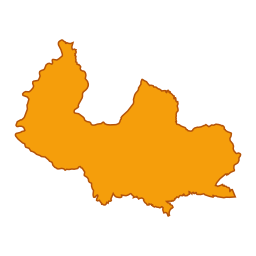 La Belleza, Santander, Colombia
{"feature_id": "7082276B28404230547509", "entity_name": "La Belleza", "entity_type": "district", "adm_level": 2, "iso_a3": "COL", "parent_name": "Colombia", "parent_adm1": "Santander", "projection": "mercator", "projection_center": [-74.033, 5.926], "detail": "fine", "context": "isolated", "style": "filled", "palette": "amber", "viewbox_px": 256, "rotation_deg": 0, "n_neighbors": 0, "source": "geoboundaries", "source_scale": "gbopen_adm2", "svg_char_len": 5788}
<svg xmlns="http://www.w3.org/2000/svg" viewBox="0 0 256 256"><path d="M101.7,204.2L102.5,204.1L103.4,204.8L105.0,205.0L106.1,204.1L106.8,202.4L108.1,203.2L108.7,201.2L110.3,201.2L111.1,200.8L111.4,200.1L110.9,199.5L110.9,199.1L113.2,193.5L113.9,194.7L115.3,196.4L116.4,197.0L119.0,197.5L120.4,197.5L121.6,197.0L121.8,196.7L121.5,195.1L126.0,195.7L127.9,195.1L130.6,193.6L131.3,193.9L132.0,194.9L133.7,196.4L133.4,197.6L134.8,197.0L134.5,197.3L135.5,196.9L136.5,197.2L136.9,196.6L138.7,199.0L139.8,198.3L141.8,198.0L143.3,198.8L143.8,199.6L143.6,200.3L144.3,201.7L145.3,202.9L146.3,203.5L147.2,205.0L148.9,205.0L149.1,203.8L149.9,204.2L151.4,204.2L151.6,205.2L152.5,204.9L152.7,206.0L154.4,207.0L155.7,206.5L156.8,207.1L158.5,207.3L159.8,207.8L160.9,207.4L161.7,206.7L162.0,206.8L163.0,207.6L162.8,209.9L163.8,212.9L165.6,212.5L166.6,212.8L167.3,213.8L168.0,215.9L168.3,216.0L169.5,215.3L169.0,213.9L169.3,212.8L169.1,212.2L170.0,210.1L170.6,209.2L171.2,208.8L171.2,208.3L172.3,208.1L173.0,207.3L172.2,205.5L170.0,204.4L170.1,203.3L167.7,202.7L166.5,201.4L170.5,201.1L171.4,201.3L172.1,200.5L172.9,201.1L174.9,199.6L174.7,198.7L176.0,198.0L176.9,196.9L178.5,197.5L179.6,195.8L180.2,195.5L182.7,195.7L183.2,195.4L183.0,194.6L183.8,194.1L185.0,195.8L187.2,195.6L188.9,194.2L189.4,194.2L189.1,191.7L189.9,192.0L190.0,193.0L191.3,193.2L191.9,193.9L192.1,193.1L192.9,192.4L193.5,192.4L193.8,193.4L194.3,193.6L196.0,192.5L196.3,192.7L196.2,193.6L197.1,194.4L200.7,194.5L203.6,193.8L204.2,194.0L205.0,194.8L209.8,196.4L213.1,197.1L213.6,196.4L213.1,195.5L213.6,195.5L214.4,196.1L216.0,195.9L217.5,196.7L223.9,197.7L226.2,197.2L229.5,197.3L235.3,196.9L232.3,189.6L231.4,189.7L229.9,191.4L229.7,191.1L229.8,189.1L228.9,187.6L227.2,187.4L226.0,186.3L224.3,186.2L224.2,185.5L223.1,185.8L222.8,185.6L222.7,184.5L222.3,184.4L221.5,185.0L217.6,186.4L216.7,185.7L215.5,185.5L216.7,182.7L220.0,178.7L225.3,174.3L225.9,174.0L226.5,174.7L226.6,174.2L227.2,174.0L227.3,174.5L227.7,174.7L230.7,172.3L234.3,170.7L234.4,169.9L233.8,168.3L234.0,165.6L234.5,164.9L237.6,163.0L238.0,162.4L238.9,160.6L239.0,157.7L240.2,156.1L240.6,154.8L240.5,154.2L240.0,153.6L238.6,153.0L236.5,153.5L235.9,153.2L233.9,150.8L233.2,148.8L233.5,146.1L232.8,143.9L230.3,140.8L230.0,139.7L229.9,138.4L231.0,136.2L231.4,133.6L231.1,133.0L227.5,131.7L225.5,130.4L225.1,129.5L224.2,129.0L224.3,127.6L223.8,126.5L222.6,125.6L221.9,125.9L220.9,125.2L218.5,124.5L215.9,124.2L213.7,125.2L211.6,125.0L208.9,126.7L205.9,124.6L204.7,125.5L204.1,125.5L201.2,126.8L198.5,127.3L197.4,127.2L194.5,128.1L192.9,129.6L192.6,130.5L191.0,131.2L188.0,130.7L187.3,129.8L186.2,129.5L185.9,128.5L185.1,127.6L181.4,126.2L179.0,124.7L176.8,124.2L175.9,121.8L176.4,121.8L176.5,121.4L176.0,119.5L176.2,118.3L175.9,117.3L176.3,115.9L176.1,114.6L176.5,112.5L178.0,110.8L178.0,109.1L177.2,105.9L178.0,103.9L177.7,101.7L176.8,101.8L176.8,101.4L175.8,100.8L175.9,98.9L174.5,98.7L175.1,97.8L173.9,97.9L174.2,96.1L173.1,95.6L172.2,94.5L170.7,93.2L169.2,92.5L169.1,91.9L169.9,92.4L170.2,92.3L170.2,91.9L168.6,91.0L168.1,90.3L167.7,90.5L166.6,92.5L165.8,91.9L165.8,91.4L166.2,90.9L165.0,90.6L161.6,90.9L161.4,90.5L159.5,89.1L158.9,89.1L157.9,88.6L156.0,87.1L153.7,86.9L153.3,85.9L153.0,85.7L150.9,85.2L149.6,85.5L147.7,83.4L146.5,81.7L144.4,80.7L142.4,79.4L141.9,79.5L141.0,81.9L140.9,84.2L138.5,88.0L138.5,89.2L137.9,90.6L135.6,93.3L134.7,95.0L133.5,99.4L133.7,102.0L133.3,103.7L127.7,111.0L122.4,115.9L121.1,117.6L121.3,118.6L120.3,120.2L119.9,121.8L118.8,123.5L116.2,124.6L110.0,124.9L106.9,124.6L105.0,123.8L103.6,122.2L102.8,122.3L101.2,123.6L97.5,124.1L94.9,125.0L93.0,125.2L91.8,124.8L91.1,124.1L90.7,123.0L89.7,122.1L86.7,121.5L84.7,120.1L84.1,118.1L83.1,117.0L78.6,113.7L75.0,113.1L74.2,112.3L74.1,111.1L74.6,109.7L77.8,107.6L78.5,106.7L78.2,105.9L78.7,104.1L82.1,98.0L82.5,96.3L82.5,93.7L82.9,92.7L83.4,91.9L86.0,89.7L87.3,88.1L88.2,85.9L88.3,84.0L87.5,81.4L85.3,78.7L85.9,75.5L85.7,73.8L85.1,72.3L83.8,71.1L82.5,71.0L80.7,70.0L80.2,68.4L80.7,66.9L80.6,66.6L79.9,65.6L78.9,65.0L78.9,64.6L77.1,64.3L76.8,62.3L75.7,61.8L76.0,59.9L75.5,57.8L76.0,56.8L75.8,56.1L75.0,55.6L75.4,54.8L74.9,53.8L75.9,53.1L76.2,52.0L75.6,50.6L76.0,49.8L75.3,49.7L74.6,49.1L72.6,49.6L72.3,49.2L71.9,47.9L71.9,46.4L73.0,42.6L70.5,43.6L68.7,43.4L66.8,42.7L66.5,43.2L66.0,43.4L65.6,43.2L65.3,42.0L63.6,41.1L62.6,40.1L61.6,40.0L59.8,41.0L58.9,41.8L58.4,42.9L58.4,44.0L58.5,44.9L61.0,49.8L62.3,54.0L62.4,55.1L62.2,56.0L58.6,59.0L56.8,60.0L53.0,59.4L52.5,59.6L52.2,60.2L52.6,63.0L51.8,64.2L49.3,63.3L47.8,63.6L46.7,64.4L46.1,64.9L44.5,68.9L43.7,69.7L41.3,70.5L39.8,71.5L39.5,72.3L39.5,73.8L40.1,76.0L39.3,78.3L38.1,80.4L33.8,81.1L32.9,81.7L32.7,83.5L33.6,86.0L33.1,87.7L32.4,88.6L30.8,90.5L29.1,91.8L25.5,91.6L23.7,92.6L22.6,94.0L23.0,95.4L27.4,97.0L28.9,99.1L27.6,103.8L27.0,105.0L27.4,109.1L24.5,116.9L23.8,118.0L21.7,119.8L20.6,119.9L17.3,121.7L16.1,124.8L16.1,125.5L16.8,126.4L17.9,126.6L19.0,126.2L20.1,126.2L21.7,126.3L22.9,126.9L23.8,127.6L24.9,130.4L24.3,130.9L21.6,131.6L21.2,132.0L19.7,132.6L16.3,133.4L15.6,134.1L15.4,135.0L15.7,136.1L18.1,139.1L22.6,142.9L24.6,143.7L25.4,146.6L25.8,147.2L29.0,148.3L30.9,151.1L32.5,151.5L34.3,152.4L36.6,154.3L40.2,155.6L41.3,156.5L45.2,157.0L48.5,159.8L49.6,161.2L51.7,162.1L52.3,163.0L52.8,165.0L53.3,165.7L54.8,167.3L56.7,168.2L57.2,168.8L58.6,168.9L61.7,168.4L63.8,168.8L65.0,170.1L65.4,170.1L66.5,169.3L69.1,169.5L71.8,169.0L74.2,169.2L77.6,168.5L79.2,166.7L80.3,166.6L81.2,167.9L82.2,168.1L84.7,172.0L84.2,175.1L84.4,175.6L87.2,177.4L88.3,178.9L88.6,181.0L89.4,182.2L91.5,183.3L91.6,186.3L92.4,188.8L93.5,190.4L93.1,194.2L93.2,195.6L93.6,197.1L94.9,197.3L96.6,195.4L97.5,195.0L97.8,195.3L97.9,196.0L96.7,198.9L96.6,200.4L97.7,200.9L99.5,200.3L100.2,201.6L101.3,202.9L101.7,204.2Z" fill="#f59e0b" stroke="#b45309" stroke-width="1.5"/></svg>